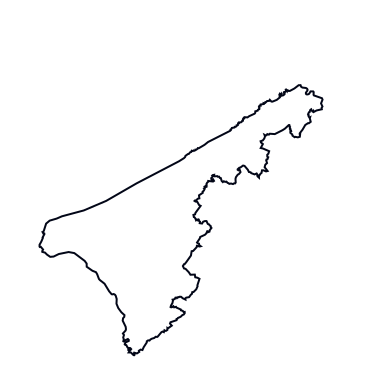 the district of Lázaro Cárdenas, Michoacán, Mexico, rotated 135°
{"feature_id": "50627088B38874433306118", "entity_name": "Lázaro Cárdenas", "entity_type": "district", "adm_level": 2, "iso_a3": "MEX", "parent_name": "Mexico", "parent_adm1": "Michoacán", "projection": "orthographic", "projection_center": [-102.462, 18.083], "detail": "fine", "context": "isolated", "style": "outline", "palette": "ink", "viewbox_px": 384, "rotation_deg": 135, "n_neighbors": 0, "source": "geoboundaries", "source_scale": "gbopen_adm2", "svg_char_len": 6035}
<svg xmlns="http://www.w3.org/2000/svg" viewBox="0 0 384 384"><g transform="rotate(135 192 192)"><path d="M340.9,140.8L341.2,139.0L343.5,137.8L344.3,136.2L346.1,135.0L345.9,134.5L344.3,134.5L341.3,133.4L341.3,132.1L342.1,131.4L345.2,132.6L347.2,132.0L347.3,131.0L346.7,130.2L347.5,127.8L347.3,126.9L346.0,125.2L346.1,123.9L346.9,123.8L347.2,125.2L348.1,126.0L348.9,125.1L348.6,124.2L348.8,123.6L350.2,123.3L348.7,121.7L348.7,118.0L348.2,117.4L347.7,117.5L347.1,119.1L346.5,119.3L345.1,116.8L342.4,116.2L341.8,117.3L339.8,116.9L338.8,115.3L336.0,116.4L330.4,117.6L329.5,118.4L327.9,118.1L327.1,117.0L325.7,117.1L324.2,116.7L322.0,115.5L320.0,115.3L319.2,114.2L318.5,114.0L312.7,114.5L311.5,114.1L311.0,112.8L309.3,113.7L309.1,112.7L308.3,112.1L306.9,111.9L305.6,113.2L305.5,112.6L300.8,111.8L300.6,114.5L299.3,115.1L293.6,112.3L292.7,113.1L292.1,112.7L291.1,112.9L288.2,111.8L286.0,111.8L284.4,111.2L282.8,111.5L282.0,112.4L282.8,113.0L282.6,114.5L283.5,116.2L283.0,116.8L284.7,121.2L284.5,122.1L286.2,123.1L285.9,124.4L287.3,124.6L288.3,125.2L288.5,125.8L287.0,126.6L284.4,127.3L282.2,128.7L281.8,129.6L280.0,128.5L278.4,129.0L277.6,128.3L277.7,127.6L276.1,127.5L275.9,127.0L274.5,126.5L274.0,125.6L273.8,126.1L273.7,123.4L272.7,120.6L272.0,121.5L270.8,121.4L268.4,119.7L265.4,120.2L264.2,120.0L262.6,121.0L261.7,120.2L257.8,120.2L254.7,121.4L254.2,122.2L248.1,125.3L248.8,127.6L250.0,129.4L248.4,131.6L251.6,134.6L251.0,137.5L250.9,142.2L251.7,143.6L250.8,146.1L248.7,146.6L248.3,146.2L246.0,146.4L237.7,147.8L234.1,150.4L232.8,149.5L227.7,149.7L226.6,150.5L225.1,148.0L224.2,147.5L224.5,149.1L223.6,150.5L224.2,151.5L224.2,152.7L219.2,153.7L218.0,154.4L213.1,152.6L211.3,152.6L208.9,153.5L208.5,152.9L209.0,152.2L207.7,151.6L206.3,152.5L203.7,152.8L203.7,153.8L202.9,154.5L203.1,156.0L202.8,156.8L203.4,158.3L202.3,161.2L203.4,162.3L205.1,163.1L207.2,162.6L208.6,164.5L207.3,165.4L207.5,166.6L206.7,167.7L206.9,168.2L208.0,168.0L208.2,169.2L209.1,169.2L208.3,171.0L208.1,172.5L208.4,173.0L207.2,174.8L205.6,174.0L204.3,174.8L195.7,176.1L196.2,177.8L195.2,181.4L196.3,182.8L196.5,183.9L195.8,183.9L194.9,183.1L192.8,183.2L191.3,182.3L189.4,184.7L185.0,183.8L184.3,184.7L182.7,184.6L180.9,185.2L180.9,185.9L180.3,185.7L179.8,186.3L178.8,185.8L178.9,186.7L177.5,186.1L177.5,186.7L176.6,186.7L176.0,187.5L174.6,187.9L173.2,187.8L172.7,188.3L169.7,184.5L168.6,184.3L168.1,186.1L169.4,186.7L169.4,187.1L168.7,187.5L168.6,188.2L165.8,188.3L166.0,189.3L165.4,189.3L164.2,188.5L164.9,188.0L165.0,187.2L162.9,185.3L163.0,184.6L162.0,183.7L162.4,182.3L161.8,181.5L163.2,178.8L163.2,177.2L161.9,177.1L161.4,175.7L160.3,175.0L160.4,173.3L159.9,172.3L159.9,171.4L158.4,170.4L157.4,168.6L156.0,168.3L155.4,167.6L154.4,167.8L152.0,170.5L150.5,171.4L147.5,171.9L145.8,171.5L143.6,171.8L142.5,174.1L143.0,174.8L143.9,174.7L144.0,175.5L143.6,175.8L141.4,175.7L140.4,175.1L137.2,174.6L136.4,173.3L136.8,168.2L137.6,165.9L136.6,164.5L136.8,163.5L135.3,160.2L133.2,159.4L133.5,157.7L134.1,157.6L134.6,156.7L134.5,154.8L133.5,155.9L130.6,156.5L129.4,156.3L127.2,157.8L126.1,156.7L125.1,154.2L123.7,153.4L123.1,158.2L120.8,159.5L118.5,159.4L117.1,162.0L116.3,162.3L115.5,161.8L113.5,162.7L113.8,163.7L112.5,165.1L110.9,165.1L108.6,166.3L111.1,172.6L112.3,174.5L108.0,175.8L108.2,178.3L107.6,179.4L105.5,178.4L103.1,178.7L101.0,179.7L100.3,181.2L99.8,179.7L99.1,179.4L97.8,179.7L97.1,178.2L95.8,178.2L92.5,174.4L84.3,171.7L81.6,171.1L76.2,170.9L75.8,170.5L76.2,169.8L76.5,170.0L76.7,168.7L77.2,168.6L77.8,167.8L77.7,167.4L78.3,167.2L78.4,165.6L78.8,165.0L79.4,165.5L80.6,164.3L80.4,161.8L81.1,160.8L80.7,158.2L79.9,157.9L78.5,155.8L76.7,154.8L74.8,156.3L75.1,156.5L74.4,157.3L69.8,157.9L64.5,159.3L61.2,158.6L60.8,158.0L58.4,157.7L56.6,160.8L55.7,161.3L56.4,161.5L56.0,163.3L56.5,163.4L55.1,163.8L55.0,164.9L53.0,165.7L52.4,165.3L50.3,166.4L49.2,166.2L49.9,164.0L49.7,163.1L48.9,163.3L49.3,162.5L46.3,161.6L41.7,158.7L40.9,159.8L39.3,160.2L38.1,163.4L34.4,165.0L33.8,166.4L37.5,174.1L37.3,174.8L35.3,176.6L35.2,177.5L37.0,179.3L39.7,178.6L41.1,179.1L42.0,180.1L42.0,180.9L41.2,181.7L38.7,182.1L37.9,182.7L37.6,183.6L37.9,185.0L40.1,187.8L40.4,189.3L39.7,190.8L41.1,192.1L46.4,192.8L51.4,194.3L52.3,195.2L52.0,196.2L52.3,195.9L52.6,196.6L52.8,196.2L53.1,196.4L52.9,197.1L53.2,196.8L53.0,198.0L53.3,198.1L53.8,197.2L54.9,196.7L56.2,197.6L56.9,197.3L56.3,196.7L57.4,195.7L59.0,195.8L60.3,196.6L59.6,197.9L60.4,197.6L60.7,197.9L60.2,198.7L60.3,199.4L61.5,199.0L61.8,198.0L62.2,197.9L62.1,197.0L62.9,196.8L66.9,197.2L71.2,199.0L71.9,199.8L71.8,202.2L73.1,201.9L74.5,203.2L75.9,203.2L76.6,203.7L77.2,203.2L78.1,203.5L78.5,204.2L79.1,203.5L81.5,205.3L82.4,204.5L83.1,205.3L84.2,205.1L84.4,204.3L85.1,204.1L85.1,203.6L85.8,203.0L87.4,203.5L88.1,203.1L90.2,204.3L91.2,203.3L92.3,203.1L98.0,205.2L100.0,205.5L101.8,207.6L103.1,207.0L103.4,207.2L103.3,207.8L104.3,207.6L105.5,206.4L106.1,206.9L107.0,206.5L108.2,206.7L109.6,208.0L110.2,207.4L110.9,208.0L112.3,206.9L113.3,207.6L113.8,207.1L115.0,207.2L115.7,207.9L116.4,207.6L118.5,209.1L119.6,208.7L120.6,208.9L120.8,208.3L121.8,208.3L145.3,216.0L149.8,216.5L156.4,218.2L156.8,218.9L157.9,218.7L159.1,218.9L159.6,219.5L160.0,219.2L161.0,219.4L161.4,220.2L162.5,220.3L163.0,221.4L164.4,220.9L165.2,221.4L167.4,221.2L168.0,221.7L171.1,222.2L172.1,221.6L173.7,221.6L179.4,222.9L225.1,237.3L259.0,246.4L281.6,255.5L301.2,266.8L306.5,268.9L312.9,272.4L317.5,272.8L323.9,269.5L325.5,269.0L326.0,269.3L326.5,267.6L325.8,267.1L326.1,266.6L329.8,265.5L329.9,265.0L333.6,263.5L337.1,262.5L338.4,261.2L338.5,260.7L337.7,260.2L338.0,256.6L339.7,256.1L340.2,255.5L338.8,253.1L338.8,250.2L338.1,246.4L335.5,244.2L330.0,242.3L321.7,236.8L318.4,232.0L316.6,219.1L317.1,215.9L319.3,213.6L318.1,206.7L316.6,203.2L317.2,200.9L319.3,196.3L319.4,194.8L318.7,189.0L320.8,180.4L321.1,176.7L320.9,176.1L319.5,175.2L319.1,173.8L319.3,172.6L320.9,169.6L324.4,166.4L326.2,162.1L327.0,156.9L326.8,152.7L328.2,151.6L330.0,151.5L332.0,150.0L334.2,143.6L335.7,141.7L336.9,141.0L340.9,140.8Z" fill="none" stroke="#020617" stroke-width="2"/></g></svg>